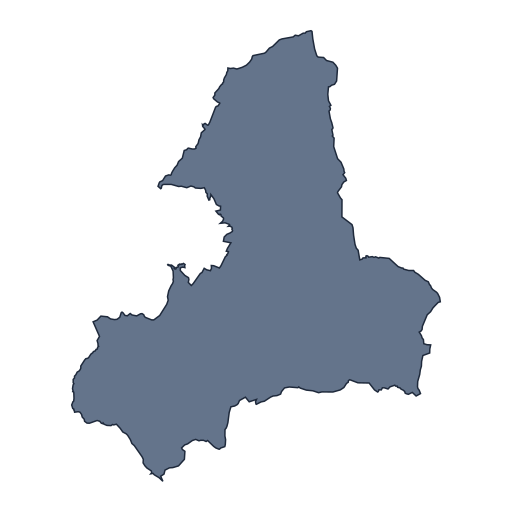 Atid, Harghita, Romania
{"feature_id": "2599482B64180314923929", "entity_name": "Atid", "entity_type": "district", "adm_level": 2, "iso_a3": "ROU", "parent_name": "Romania", "parent_adm1": "Harghita", "projection": "mercator", "projection_center": [25.009, 46.469], "detail": "fine", "context": "isolated", "style": "filled", "palette": "slate", "viewbox_px": 512, "rotation_deg": 0, "n_neighbors": 0, "source": "geoboundaries", "source_scale": "gbopen_adm2", "svg_char_len": 6024}
<svg xmlns="http://www.w3.org/2000/svg" viewBox="0 0 512 512"><path d="M162.9,481.3L160.7,476.2L164.0,474.1L165.0,470.1L169.5,467.8L172.8,467.6L178.5,465.9L184.4,459.3L184.9,451.3L182.4,449.5L181.6,447.9L184.7,444.9L187.6,443.9L192.4,440.5L195.7,439.4L199.0,440.8L200.6,440.3L203.5,440.3L206.1,441.5L207.6,440.5L213.7,446.4L215.9,448.0L219.0,449.2L219.5,449.2L220.7,448.0L224.8,446.6L225.3,444.5L225.6,439.6L224.9,436.0L225.0,429.5L226.1,428.2L226.9,426.4L227.9,422.6L229.2,412.5L230.9,406.8L234.7,406.0L237.2,404.6L238.2,403.5L239.5,400.5L245.4,397.2L249.2,401.8L256.5,399.4L255.5,401.7L256.0,404.1L256.4,404.3L261.1,401.9L264.4,401.2L270.6,397.1L273.1,396.0L277.0,395.6L280.6,394.1L281.5,391.6L284.5,387.9L289.3,387.0L297.9,387.7L298.7,386.9L300.3,388.1L306.3,390.1L312.9,390.8L318.6,392.7L321.9,391.9L332.9,392.0L340.3,389.9L343.9,387.5L346.5,383.4L348.2,382.3L348.4,380.7L349.7,379.7L357.9,382.8L369.1,383.0L374.5,389.9L377.6,392.0L378.3,391.6L379.0,389.8L381.3,389.9L382.4,387.8L384.3,387.8L388.0,389.0L390.1,386.8L394.8,385.2L395.6,386.1L397.3,386.2L397.6,387.3L400.0,387.9L400.9,389.0L403.4,390.3L404.7,391.5L405.2,393.2L406.5,393.8L408.4,394.3L412.3,392.4L416.1,396.0L420.5,393.6L419.2,390.2L417.9,388.5L417.5,386.7L417.7,381.5L419.7,374.5L420.3,369.9L421.4,366.2L421.6,361.4L422.9,355.5L429.7,353.0L429.8,349.0L430.7,344.9L427.0,344.7L423.8,343.7L423.4,339.5L422.1,337.9L421.4,335.6L419.2,332.1L421.2,330.9L422.1,329.4L422.4,326.3L427.2,314.8L430.6,311.7L432.8,308.1L434.7,306.0L438.2,302.4L440.3,301.8L439.6,297.4L437.6,293.4L436.5,292.2L432.7,289.5L431.5,288.0L430.4,285.3L429.6,284.8L428.3,281.8L425.1,280.3L418.3,274.3L414.8,272.2L413.6,270.5L408.7,270.5L403.6,269.1L402.9,268.0L401.9,268.1L398.1,266.6L389.2,258.4L379.8,257.4L378.8,258.1L375.6,256.8L374.0,257.4L372.3,256.6L368.7,257.2L368.0,256.2L366.9,255.7L365.9,256.1L366.0,257.8L363.0,257.9L362.2,259.1L359.8,259.9L358.1,250.2L356.3,248.2L355.0,244.3L353.6,235.3L353.0,227.8L352.0,224.6L341.9,216.9L342.0,199.7L340.5,198.0L337.5,192.8L337.8,191.7L341.5,186.8L341.9,184.6L343.9,181.9L346.4,180.5L345.8,178.3L343.0,174.7L344.7,172.6L344.1,171.5L343.8,168.9L341.0,162.2L337.6,158.7L333.7,146.6L334.1,138.1L332.3,136.0L333.0,135.2L331.8,129.4L332.6,128.8L333.0,127.8L331.7,122.5L330.4,118.9L329.0,111.1L330.2,109.9L330.4,108.4L329.4,106.4L330.9,105.3L328.5,100.8L327.8,94.3L328.5,86.8L329.8,86.7L331.6,85.2L334.5,84.3L336.6,81.0L337.5,68.2L335.8,65.3L332.9,62.2L326.5,60.5L323.6,57.5L318.2,57.1L316.8,55.8L314.6,48.9L312.8,38.9L312.0,31.4L311.0,30.7L306.4,31.7L305.2,33.1L303.1,33.2L298.5,35.8L295.2,35.2L293.2,36.9L282.0,38.9L279.3,39.9L272.6,46.5L269.4,48.1L266.0,52.1L264.5,53.2L253.0,55.6L252.3,56.6L251.7,59.1L249.6,62.1L246.4,65.2L242.2,67.3L236.9,69.0L233.5,68.1L230.4,68.5L227.9,68.0L227.8,70.8L226.8,72.4L226.4,74.5L224.4,77.9L223.7,80.0L223.6,82.0L222.7,83.0L222.5,84.0L221.6,84.4L219.6,86.9L218.9,88.5L214.9,92.9L214.8,95.2L213.1,97.5L213.6,98.7L217.5,102.0L219.7,102.9L219.8,103.4L217.9,106.0L216.4,106.4L215.6,107.2L209.9,122.0L208.4,124.9L207.6,125.2L205.1,123.4L204.1,123.8L203.1,125.3L202.5,124.7L202.7,126.4L204.9,129.0L205.0,129.5L201.3,132.8L200.6,136.8L199.0,139.7L198.1,143.5L195.8,146.6L196.0,148.2L194.6,149.0L192.2,149.0L188.5,148.1L187.7,148.4L186.7,149.7L184.2,150.5L182.3,158.2L178.6,161.5L177.1,165.2L174.7,167.8L172.5,171.4L171.4,173.6L171.3,174.6L170.6,175.2L168.7,174.9L165.5,176.0L162.6,180.6L159.8,181.9L159.2,182.9L158.0,186.3L160.7,188.7L161.3,188.2L161.9,185.5L163.0,184.6L164.1,184.4L171.3,184.4L178.7,186.5L181.3,186.2L186.8,187.7L190.9,186.0L193.8,186.8L195.4,188.0L200.8,188.4L204.3,187.7L205.6,190.2L205.9,192.4L207.3,193.8L207.2,196.2L208.9,200.1L209.8,199.7L209.7,198.6L210.8,196.1L210.9,194.6L213.9,198.7L216.4,204.5L219.1,206.0L220.6,206.2L220.4,210.0L215.9,211.1L218.5,214.3L219.6,214.8L220.1,214.1L220.9,214.5L221.1,216.0L223.4,217.9L223.6,219.0L222.6,221.3L220.3,223.3L225.1,222.8L229.2,224.3L229.7,225.0L228.3,226.3L230.0,226.2L231.8,227.1L232.3,228.3L231.9,229.1L232.6,230.7L232.3,231.5L230.0,233.0L226.9,234.3L224.2,237.0L223.4,241.3L230.9,242.8L227.5,248.3L226.3,251.2L228.4,251.6L227.8,253.7L226.8,254.6L227.1,255.1L225.3,256.8L221.0,265.7L219.4,268.0L213.7,265.7L211.3,265.5L211.5,268.3L210.4,270.7L206.7,269.8L204.2,268.3L202.0,272.5L200.3,273.5L193.2,283.6L191.3,285.5L188.3,282.4L188.9,279.5L188.5,277.7L184.8,275.4L180.3,270.5L180.3,267.9L182.7,267.1L184.9,267.6L184.6,265.7L185.1,264.6L184.9,264.4L183.4,263.4L181.8,264.4L181.2,263.9L179.7,264.7L179.4,264.2L177.9,265.3L178.3,266.4L178.1,267.0L176.2,267.5L176.1,268.7L175.1,269.1L174.2,268.4L174.6,267.4L171.6,265.1L169.7,265.1L168.0,264.4L167.7,264.7L168.1,265.3L170.8,266.2L173.1,271.1L173.4,277.7L173.0,279.8L173.4,281.2L172.6,283.5L171.1,285.8L168.7,290.9L167.5,296.7L168.2,300.2L166.7,304.4L159.7,315.5L153.8,319.9L151.7,319.9L145.4,317.4L144.4,316.4L143.7,314.7L142.0,313.6L140.5,313.8L136.7,315.9L132.1,315.0L130.2,313.5L127.3,315.8L124.9,315.4L123.1,312.9L122.0,312.1L121.2,312.7L119.8,317.2L117.1,319.3L114.6,319.6L110.5,318.9L107.5,316.8L100.9,316.1L97.1,320.1L93.1,321.8L99.5,336.4L97.1,340.6L98.0,343.6L98.0,345.3L98.6,346.4L97.7,347.1L97.3,349.0L96.1,349.4L95.2,350.9L93.4,351.6L92.8,352.7L90.9,354.1L88.7,357.5L87.7,358.3L85.8,358.7L84.6,360.1L80.8,366.0L80.8,368.1L80.3,369.4L79.1,371.0L77.2,372.1L75.9,374.7L74.5,376.2L74.5,378.0L73.2,379.4L73.2,382.7L73.9,383.7L73.1,384.9L72.5,388.7L73.0,390.7L72.7,391.6L73.5,391.8L73.8,392.7L74.0,398.3L73.7,401.1L72.9,401.8L71.7,405.0L72.7,408.4L73.9,409.2L73.7,409.8L74.3,410.7L74.6,412.2L78.2,411.7L80.0,412.2L81.6,414.5L82.2,417.0L84.2,419.2L84.6,421.3L87.0,423.1L89.5,423.2L97.1,420.5L99.8,421.3L101.3,423.2L102.8,423.7L103.1,423.0L104.0,424.2L106.9,425.4L111.0,425.6L112.6,424.5L113.7,424.9L116.4,424.2L120.2,428.3L122.8,432.0L126.2,433.8L127.6,435.2L130.4,439.7L131.9,443.5L134.3,445.6L142.1,456.8L143.3,459.3L143.1,462.9L144.9,465.8L146.9,468.0L151.3,470.9L151.7,472.7L150.8,473.8L153.0,473.4L154.3,474.8L159.1,477.7L162.9,481.3Z" fill="#64748b" stroke="#1e293b" stroke-width="1.5"/></svg>